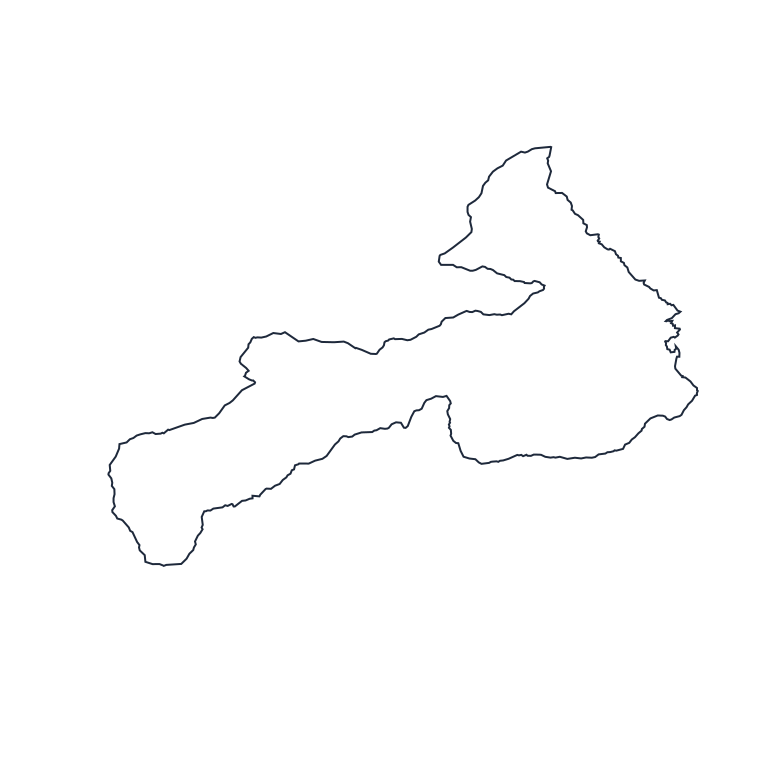 the district of Zaruma, El Oro, Ecuador, rotated 246°
{"feature_id": "8360857B11168395923367", "entity_name": "Zaruma", "entity_type": "district", "adm_level": 2, "iso_a3": "ECU", "parent_name": "Ecuador", "parent_adm1": "El Oro", "projection": "equal_earth", "projection_center": [-79.513, -3.511], "detail": "fine", "context": "isolated", "style": "outline", "palette": "slate", "viewbox_px": 768, "rotation_deg": 246, "n_neighbors": 0, "source": "geoboundaries", "source_scale": "gbopen_adm2", "svg_char_len": 6139}
<svg xmlns="http://www.w3.org/2000/svg" viewBox="0 0 768 768"><g transform="rotate(246 384 384)"><path d="M227.5,576.0L230.6,579.6L230.5,584.1L232.5,587.8L233.3,591.6L235.5,596.4L236.6,600.3L238.0,601.3L239.0,604.6L241.6,606.3L244.2,613.4L243.9,621.3L241.6,625.9L239.9,627.6L236.9,628.3L234.9,630.3L234.7,632.2L235.3,635.5L234.4,641.0L234.8,643.2L238.1,647.3L239.7,650.9L241.7,653.6L243.4,658.6L246.8,663.4L246.7,665.5L248.4,666.1L250.0,667.8L250.8,667.4L253.1,668.3L256.8,666.1L261.7,665.0L267.3,662.0L268.9,659.3L269.7,660.1L270.8,658.9L279.5,656.4L281.9,657.1L288.2,661.4L289.8,662.8L288.8,664.9L292.3,666.6L295.4,667.1L299.8,665.9L297.4,665.3L297.0,663.5L295.2,662.4L296.3,658.8L299.2,658.9L300.6,657.0L303.2,657.7L304.9,657.3L306.6,658.3L308.4,658.1L308.7,658.5L307.5,660.9L309.7,664.8L309.2,667.9L308.1,668.6L308.8,672.1L309.5,673.2L311.8,672.7L313.4,676.5L314.3,676.6L316.7,672.5L319.2,673.7L319.6,671.8L321.6,672.2L322.8,671.0L324.4,673.0L325.3,670.2L326.6,669.7L326.4,667.6L326.8,667.0L327.4,668.6L327.1,673.7L329.2,678.7L328.8,681.9L329.5,684.2L331.7,682.0L338.6,680.5L339.0,678.7L340.9,678.0L341.5,675.6L342.8,676.0L343.7,675.0L346.1,674.6L347.9,672.1L349.8,671.8L351.0,670.3L358.8,671.4L359.8,668.4L362.9,666.2L364.9,665.6L369.1,662.1L370.8,662.3L372.5,664.4L374.5,659.0L377.2,656.1L386.8,653.1L391.5,653.7L394.7,652.0L397.1,652.4L399.7,650.3L402.8,651.6L404.2,649.5L406.0,649.9L408.2,648.7L411.4,649.0L415.6,645.5L415.3,644.2L416.1,643.0L419.3,640.8L423.1,639.7L425.1,637.6L426.3,638.9L427.2,637.5L428.0,637.5L429.4,639.8L431.1,639.6L433.1,641.0L433.8,640.3L436.0,633.0L439.1,630.6L441.4,630.4L444.6,633.2L446.7,633.9L449.7,631.5L452.9,632.7L459.3,629.9L461.8,627.7L465.9,627.0L466.9,626.2L470.1,628.1L473.8,628.4L477.5,626.6L480.9,627.2L486.1,624.4L488.6,618.5L490.5,618.7L496.7,613.7L500.0,614.1L510.4,623.1L519.0,623.3L521.3,624.8L523.8,624.9L524.3,627.2L525.4,628.2L532.4,633.1L532.9,632.6L537.9,617.8L538.4,614.6L537.8,609.9L538.1,606.9L540.5,603.7L538.5,586.4L535.2,581.3L534.9,575.4L533.7,569.9L530.7,564.3L527.7,562.0L526.7,558.5L524.7,555.0L518.6,550.6L516.1,546.7L514.5,541.9L513.3,534.0L511.9,532.4L507.2,530.3L504.1,530.0L501.1,531.3L497.3,528.7L489.9,527.3L487.2,525.6L484.5,518.4L480.6,502.5L478.6,492.6L479.0,488.0L478.4,486.9L473.5,483.8L469.6,484.6L464.8,495.5L461.1,497.9L459.2,502.2L452.5,508.7L451.4,511.1L450.9,514.3L451.4,521.7L449.9,523.9L447.1,525.5L445.8,528.0L443.8,529.9L439.1,532.3L434.5,538.2L432.0,539.2L430.1,541.9L427.7,542.8L426.7,544.5L424.9,545.2L422.7,550.0L420.2,553.4L419.1,553.5L416.5,558.5L416.1,560.0L417.0,562.2L416.9,563.5L413.6,567.6L410.8,568.5L408.6,570.7L407.8,569.6L406.0,569.0L405.2,567.5L405.5,563.7L405.1,561.8L406.0,557.0L405.0,553.2L403.1,550.8L400.7,545.1L397.6,532.3L395.9,528.6L397.5,526.4L398.9,519.7L400.2,518.4L401.5,515.1L402.9,513.2L404.1,508.3L407.2,503.1L410.5,501.8L412.7,499.1L413.8,497.3L413.8,493.9L415.0,491.5L417.1,489.3L417.2,488.2L417.2,480.1L416.6,474.3L419.3,466.9L417.5,462.0L415.4,460.2L414.6,458.5L414.9,449.7L415.6,446.6L414.6,441.8L415.2,435.9L414.0,432.7L413.6,426.2L414.5,423.1L417.9,418.7L420.5,412.3L421.7,411.5L422.6,406.8L422.0,405.5L422.4,402.9L421.9,401.4L419.4,399.7L418.0,397.6L417.1,393.9L414.6,389.8L414.7,388.8L417.0,384.2L424.3,377.5L428.4,373.1L428.3,372.4L436.0,367.6L439.1,364.5L442.5,355.3L447.8,344.1L453.9,337.7L455.4,330.1L457.7,323.2L471.6,314.6L471.6,310.2L475.6,303.6L475.3,295.7L476.3,290.8L478.1,287.3L478.5,285.3L479.8,284.1L479.0,281.6L476.4,278.8L475.4,276.4L472.4,274.7L466.9,263.9L463.3,261.2L460.7,261.5L454.7,264.6L451.1,265.7L450.4,262.5L448.0,260.3L447.8,259.5L443.2,262.6L440.8,264.9L440.5,265.9L438.0,266.9L437.0,266.0L436.1,251.7L430.5,239.2L429.5,235.2L429.2,229.8L424.3,221.5L422.1,215.8L422.6,213.8L423.9,211.8L426.0,203.7L425.8,194.4L427.9,185.5L429.2,169.2L430.1,168.2L428.5,162.8L429.6,161.7L429.5,159.8L431.2,155.0L434.1,152.8L434.5,149.4L436.2,146.0L437.1,141.0L437.5,137.1L436.6,133.1L436.9,129.4L435.3,125.1L436.7,117.9L432.7,115.7L426.8,109.4L421.6,100.5L416.0,98.6L414.5,96.1L413.3,95.4L408.7,96.5L404.3,95.6L401.6,93.9L397.6,94.9L392.9,93.0L389.7,90.5L386.1,88.9L381.7,88.4L379.3,84.4L377.4,83.8L372.6,85.5L369.6,85.6L366.9,88.9L365.5,89.8L356.8,92.5L353.1,92.4L351.0,94.0L340.1,94.2L336.3,95.1L334.3,93.7L331.3,93.2L325.0,95.8L318.6,93.7L313.6,99.3L310.8,105.7L307.4,109.0L306.5,109.0L307.4,109.0L307.3,111.5L302.1,125.6L304.7,132.6L308.1,137.2L309.9,142.2L312.0,143.9L314.0,146.8L317.0,147.3L321.2,152.3L322.6,155.6L325.1,159.2L327.1,159.0L329.0,161.1L336.7,163.4L340.8,168.0L340.2,169.6L340.3,171.2L339.0,174.0L339.6,177.4L337.0,186.3L337.8,189.6L336.2,191.6L336.4,196.0L335.8,196.7L333.3,196.8L332.8,197.9L335.0,206.8L333.9,210.2L333.8,214.7L333.0,217.4L335.4,218.4L332.0,224.5L333.2,225.9L336.2,233.1L336.2,234.2L334.2,238.1L335.4,243.1L335.1,248.0L337.5,252.5L338.4,256.8L339.8,258.8L340.1,262.1L342.7,264.7L342.6,267.1L345.9,269.6L345.5,273.2L345.9,274.1L341.9,282.9L342.0,289.9L340.7,297.3L341.6,302.3L348.7,314.6L350.1,319.1L352.0,321.8L352.9,325.6L351.5,328.4L350.0,329.8L348.9,333.6L349.7,336.6L348.9,343.8L344.9,353.7L345.4,356.2L344.8,358.4L345.2,362.6L342.7,366.6L341.9,369.0L342.0,370.6L344.1,374.6L344.1,379.4L341.7,383.7L336.0,384.4L335.1,385.9L335.9,388.6L342.9,395.6L346.8,400.6L346.7,402.9L345.8,405.3L346.1,408.4L350.4,413.2L352.0,416.2L351.4,421.1L351.8,426.5L348.2,432.6L347.7,436.3L341.5,437.5L339.1,437.1L338.1,435.0L335.5,433.7L333.5,430.8L330.4,430.0L325.0,430.2L322.7,428.5L321.8,428.6L320.6,426.8L318.7,426.7L317.6,425.5L314.9,426.4L311.2,425.1L309.8,423.8L303.9,424.2L300.8,425.8L299.7,427.8L291.8,426.8L285.2,427.1L281.2,431.7L278.1,436.9L273.8,438.7L271.4,440.6L269.2,447.9L269.4,450.0L268.9,451.7L267.6,455.3L266.4,456.8L266.7,458.7L265.7,461.8L265.0,467.4L265.0,476.9L263.9,478.3L263.4,480.6L261.5,481.7L261.4,485.4L260.1,485.9L258.6,489.0L258.6,492.1L256.3,497.1L255.4,498.7L251.9,501.7L249.0,506.2L248.2,509.1L247.0,510.7L246.0,515.0L241.0,521.0L239.0,528.4L235.8,533.8L234.7,538.7L232.1,543.9L231.4,547.2L232.4,551.4L230.4,558.0L230.8,560.3L229.8,563.0L229.2,566.4L229.6,567.6L228.6,569.2L227.5,576.0Z" fill="none" stroke="#1e293b" stroke-width="2"/></g></svg>